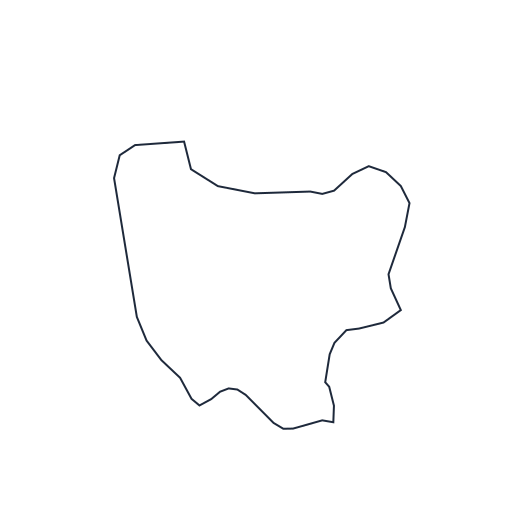 SVG path tracing the border of Siquijor, rotated 42°
{"feature_id": "PHL-2517", "entity_name": "Siquijor", "entity_type": "Province", "adm_level": 1, "iso_a3": "PHL", "parent_name": "Philippines", "parent_adm1": "", "projection": "robinson", "projection_center": [123.634, 9.196], "detail": "fine", "context": "isolated", "style": "outline", "palette": "slate", "viewbox_px": 512, "rotation_deg": 42, "n_neighbors": 0, "source": "natural_earth", "source_scale": "10m", "svg_char_len": 690}
<svg xmlns="http://www.w3.org/2000/svg" viewBox="0 0 512 512"><g transform="rotate(42 256 256)"><path d="M391.9,303.5L397.9,304.2L414.1,315.1L424.7,327.8L415.2,333.8L399.0,359.5L391.9,366.1L380.8,368.3L341.4,366.1L331.5,367.7L324.3,372.7L320.1,380.9L318.5,392.2L314.0,404.9L303.7,405.3L281.1,397.3L255.4,396.7L231.3,392.1L208.2,381.0L98.4,293.1L87.3,272.3L91.9,254.5L126.0,219.1L149.6,235.0L180.9,229.6L213.2,210.2L253.2,171.8L263.7,165.5L270.3,155.2L272.7,130.6L279.7,113.8L296.5,106.7L316.8,107.1L334.7,114.0L347.3,134.9L366.7,180.9L377.8,189.8L399.8,199.3L395.3,220.1L381.1,241.0L372.8,250.6L372.4,268.0L376.5,279.7L391.9,303.5Z" fill="none" stroke="#1e293b" stroke-width="2"/></g></svg>